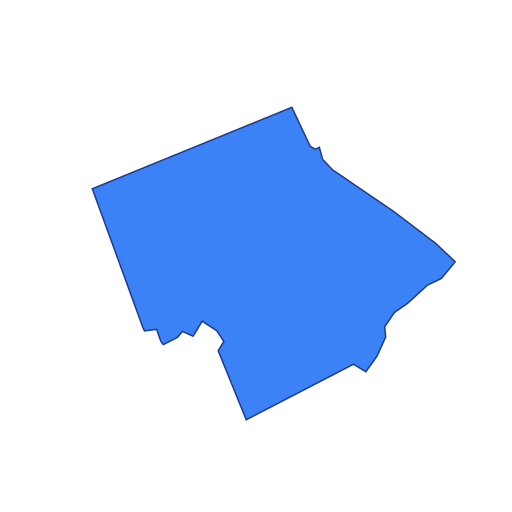 outline of 18 de Mayo, Canelones, Uruguay, rotated 210°
{"feature_id": "84410073B56582914281791", "entity_name": "18 de Mayo", "entity_type": "district", "adm_level": 2, "iso_a3": "URY", "parent_name": "Uruguay", "parent_adm1": "Canelones", "projection": "equal_earth", "projection_center": [-56.223, -34.699], "detail": "fine", "context": "isolated", "style": "filled", "palette": "blue", "viewbox_px": 512, "rotation_deg": 210, "n_neighbors": 0, "source": "geoboundaries", "source_scale": "gbopen_adm2", "svg_char_len": 576}
<svg xmlns="http://www.w3.org/2000/svg" viewBox="0 0 512 512"><g transform="rotate(210 256 256)"><path d="M101.1,229.9L103.2,250.7L109.2,259.1L107.9,276.3L101.1,290.7L93.0,316.4L84.2,329.3L80.6,350.6L106.9,356.8L159.1,363.4L232.9,368.9L246.6,373.0L249.7,376.1L255.5,381.8L257.9,378.1L263.9,378.1L299.3,402.7L431.4,232.4L318.1,137.4L315.1,135.4L305.4,142.8L295.7,134.5L292.0,132.9L283.3,146.3L282.0,153.9L270.4,155.1L270.0,172.6L252.7,171.7L241.1,165.9L241.4,155.1L182.6,109.3L117.5,211.0L103.0,210.7L101.1,229.9Z" fill="#3b82f6" stroke="#1e3a8a" stroke-width="1.5"/></g></svg>